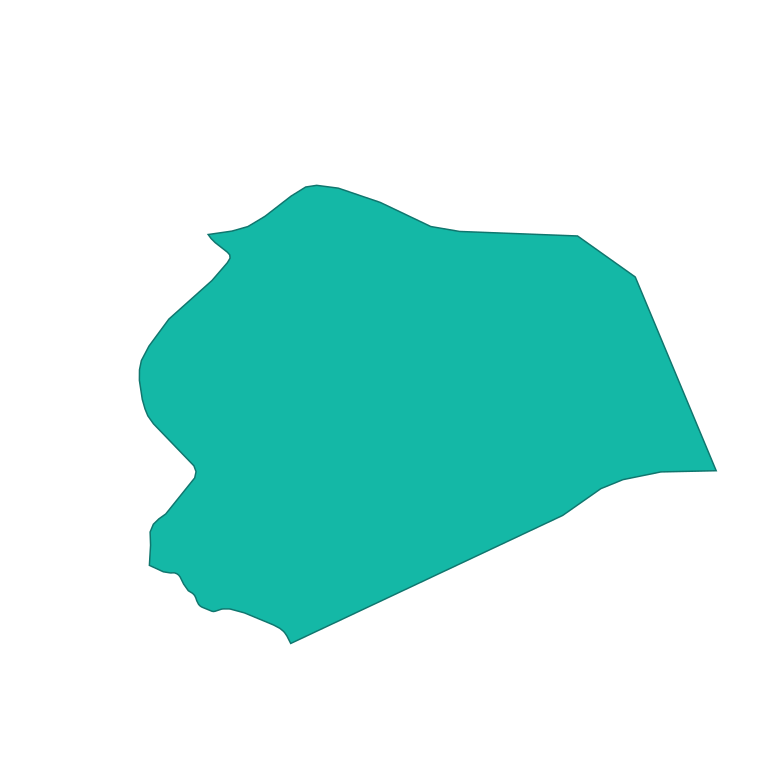 the Province of Enga, rotated 160°
{"feature_id": "PNG-1238", "entity_name": "Enga", "entity_type": "Province", "adm_level": 1, "iso_a3": "PNG", "parent_name": "Papua New Guinea", "parent_adm1": "", "projection": "robinson", "projection_center": [143.878, -5.472], "detail": "fine", "context": "isolated", "style": "filled", "palette": "teal", "viewbox_px": 768, "rotation_deg": 160, "n_neighbors": 0, "source": "natural_earth", "source_scale": "10m", "svg_char_len": 1035}
<svg xmlns="http://www.w3.org/2000/svg" viewBox="0 0 768 768"><g transform="rotate(160 384 384)"><path d="M560.4,172.1L561.4,180.4L562.3,184.0L563.0,185.9L565.5,190.1L570.3,195.4L593.5,216.7L605.7,225.3L611.6,227.5L613.6,228.0L620.3,228.2L622.0,228.5L623.4,229.3L631.4,236.6L632.6,238.1L633.6,240.3L634.1,244.4L634.0,247.2L634.3,250.1L635.5,252.8L638.6,256.7L640.7,264.4L641.6,272.5L642.3,274.7L643.6,276.6L645.6,278.3L649.3,279.5L655.6,283.0L666.5,293.8L658.5,312.3L654.4,324.9L648.7,331.1L641.6,334.3L633.6,336.5L594.0,360.5L590.6,365.9L590.6,372.1L614.2,425.3L616.8,434.8L617.1,442.3L616.4,452.2L612.6,471.1L608.9,481.0L604.0,489.0L591.9,500.0L563.9,518.6L510.2,540.1L489.8,551.5L485.6,554.9L484.8,558.1L486.1,561.4L494.3,574.6L496.7,579.7L498.1,584.6L474.6,579.7L458.1,578.5L438.5,582.3L406.9,592.4L390.2,595.9L379.3,593.7L360.0,583.7L325.4,555.9L286.2,516.0L260.8,501.5L151.5,456.9L111.3,398.6L101.5,188.9L153.9,206.7L192.2,212.4L216.0,211.5L261.0,199.4L560.4,172.1Z" fill="#14b8a6" stroke="#0f766e" stroke-width="1.5"/></g></svg>